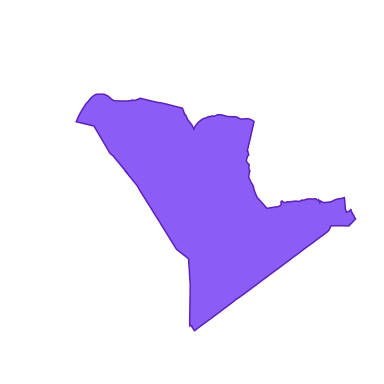 Tetepango, Hidalgo, Mexico, rotated 133°
{"feature_id": "50627088B64259758122284", "entity_name": "Tetepango", "entity_type": "district", "adm_level": 2, "iso_a3": "MEX", "parent_name": "Mexico", "parent_adm1": "Hidalgo", "projection": "equal_earth", "projection_center": [-99.166, 20.109], "detail": "fine", "context": "isolated", "style": "filled", "palette": "violet", "viewbox_px": 384, "rotation_deg": 133, "n_neighbors": 0, "source": "geoboundaries", "source_scale": "gbopen_adm2", "svg_char_len": 4803}
<svg xmlns="http://www.w3.org/2000/svg" viewBox="0 0 384 384"><g transform="rotate(133 192 192)"><path d="M99.1,57.0L98.4,59.6L97.7,61.6L97.2,62.7L96.5,63.6L96.5,63.9L98.8,63.9L101.6,65.3L100.5,66.7L100.0,68.1L96.3,72.1L95.8,72.6L93.7,75.0L92.6,76.2L92.4,76.6L92.2,76.8L95.2,78.6L97.4,80.5L98.9,81.3L100.3,82.2L102.7,82.9L104.8,84.1L107.2,85.9L108.8,87.5L109.7,88.2L110.6,90.2L111.0,92.0L112.6,91.3L112.1,92.7L111.8,93.0L111.3,94.1L111.8,94.1L112.5,95.0L112.4,95.8L112.5,96.8L113.1,97.4L115.4,99.4L117.3,101.9L119.2,103.3L121.3,104.4L122.2,104.9L122.8,106.1L123.2,106.2L125.4,106.9L125.5,106.9L127.1,108.9L127.1,109.0L129.0,111.0L130.8,112.4L132.5,113.8L133.8,114.8L133.6,115.0L134.2,115.6L134.3,115.5L135.0,115.9L135.7,116.3L136.7,117.3L137.0,117.8L137.2,118.3L137.0,118.8L137.0,119.4L137.1,119.9L137.4,120.1L138.0,120.4L138.7,120.1L139.3,119.3L140.0,118.4L141.1,118.2L141.8,118.2L143.3,118.7L143.9,119.0L145.7,120.5L152.0,125.4L152.8,125.9L152.8,126.2L152.6,128.1L152.5,129.1L151.6,139.4L151.5,140.6L150.0,144.2L148.0,148.3L146.8,149.9L146.3,150.5L146.0,151.0L145.7,151.8L145.3,152.8L145.0,154.0L144.7,155.3L144.2,156.4L143.8,157.6L143.3,158.7L142.6,160.4L141.5,161.5L139.6,162.5L138.6,163.5L137.4,163.7L136.3,166.0L135.3,167.2L133.1,168.6L132.5,173.1L130.8,174.4L130.0,174.8L129.2,175.1L127.9,175.9L126.2,175.7L125.0,177.7L123.9,179.3L124.4,179.5L122.6,180.6L122.1,180.9L121.7,181.0L121.0,181.4L120.4,181.8L119.6,182.3L118.0,183.2L116.1,184.3L115.1,184.8L114.2,185.4L113.8,185.5L113.2,185.9L112.7,186.2L112.2,186.5L111.5,186.9L111.0,187.2L110.5,187.5L109.7,188.0L108.4,188.7L107.0,189.5L105.8,190.2L104.9,190.7L104.4,191.1L104.0,191.3L103.6,191.5L101.8,192.5L99.4,193.9L98.1,194.7L98.6,197.4L99.1,199.1L99.6,200.0L100.0,200.7L101.3,202.3L102.0,203.0L102.8,203.5L103.4,203.9L104.1,204.7L104.8,205.5L105.4,206.2L105.7,206.8L106.0,207.9L106.3,209.4L106.8,210.7L107.9,212.2L111.4,216.1L112.1,216.9L112.7,217.8L113.3,218.9L114.0,220.4L115.3,222.7L115.9,223.8L117.2,225.2L117.7,225.7L118.4,226.1L119.2,226.5L120.0,226.7L120.6,227.0L121.4,227.4L121.9,227.9L122.2,228.6L122.3,229.0L123.6,229.7L124.5,230.2L125.0,230.6L125.2,230.8L125.3,231.1L126.2,231.5L126.8,231.8L127.4,231.9L128.2,232.3L130.0,233.4L131.5,234.0L132.4,234.3L134.1,234.5L135.1,234.7L136.3,234.9L137.8,234.9L139.3,234.8L142.2,234.4L144.8,233.5L144.0,235.5L143.2,237.2L142.6,240.4L142.3,242.6L141.9,244.9L141.2,246.5L140.5,247.8L140.2,248.7L140.0,249.4L140.0,249.5L140.2,249.9L140.2,250.3L138.5,253.6L138.3,253.9L137.9,254.8L137.2,256.1L137.7,257.1L138.2,258.0L138.7,258.9L139.7,260.6L140.5,262.1L141.0,262.9L141.6,264.1L142.1,265.1L142.7,266.3L143.4,267.4L143.8,268.2L144.6,269.6L146.1,272.4L146.4,272.9L146.7,273.4L147.0,273.9L147.3,274.4L147.6,274.9L147.8,275.3L148.0,275.6L148.3,276.2L148.5,276.6L149.2,277.0L149.5,277.6L149.9,278.1L150.2,278.7L150.5,279.2L150.8,279.8L151.1,280.3L151.5,280.8L151.8,281.4L152.4,282.5L152.7,283.0L153.0,283.6L153.3,284.1L153.6,284.7L154.0,285.2L154.3,285.8L154.6,286.3L154.9,286.9L155.2,287.4L155.5,288.0L155.8,288.5L156.4,289.6L156.7,290.2L157.0,290.7L157.3,291.3L157.6,291.8L158.0,292.4L158.3,292.9L158.6,293.5L158.8,293.9L159.0,293.9L160.8,294.7L161.6,295.1L163.6,296.0L163.9,296.0L164.2,296.4L164.6,297.0L164.8,297.5L165.1,297.9L165.6,298.4L166.1,298.8L166.6,298.8L169.9,301.7L173.8,305.9L178.1,310.8L178.6,312.1L179.0,314.4L179.1,318.8L180.0,321.6L180.4,322.9L182.3,325.1L183.7,326.5L186.0,328.8L186.3,328.9L187.6,329.4L190.8,329.9L192.9,330.0L195.9,329.7L198.3,329.7L200.4,329.6L203.6,329.0L206.2,328.6L208.9,327.9L211.1,327.4L212.2,327.1L214.3,326.5L219.6,324.6L210.6,308.7L219.6,278.4L219.4,274.6L222.2,253.1L222.4,253.5L222.8,250.4L223.1,248.8L223.3,247.3L223.3,246.9L223.4,246.1L223.6,244.7L223.7,244.2L223.8,243.4L223.9,242.9L224.1,241.1L224.2,240.7L224.5,238.0L224.5,237.9L224.6,237.6L224.6,237.3L224.7,236.9L225.4,234.3L226.1,231.9L226.2,231.7L226.3,231.7L226.4,231.3L226.4,231.2L227.0,229.2L227.5,227.2L227.7,226.6L228.4,224.0L229.1,221.2L229.9,218.4L230.6,215.6L231.6,211.7L232.8,207.4L233.6,204.4L234.4,201.3L235.5,197.2L236.1,194.7L236.6,193.4L237.3,190.7L244.5,164.2L243.5,152.9L243.2,149.1L251.8,139.8L255.4,136.1L260.2,130.9L267.2,124.4L273.9,118.4L289.0,104.8L291.4,102.4L290.4,102.0L290.7,100.7L290.2,100.5L290.6,100.0L291.8,95.7L290.3,95.3L282.5,94.0L277.5,93.0L269.4,91.5L261.4,90.0L255.0,88.9L250.0,88.0L244.4,87.0L241.7,86.7L239.0,86.4L238.9,86.1L238.5,85.9L229.1,84.1L219.1,82.3L209.2,80.5L196.0,78.1L184.3,75.9L172.3,73.8L168.1,73.0L167.2,72.8L160.2,71.6L157.2,71.1L150.0,69.7L147.0,69.1L142.6,68.4L137.4,67.4L132.5,66.5L132.0,66.5L129.2,65.9L126.8,65.8L124.9,66.2L122.6,67.1L122.0,67.3L117.9,63.0L113.8,58.6L110.3,54.6L109.8,54.6L109.6,54.5L109.5,54.3L109.5,54.1L100.1,54.0L99.9,54.8L99.8,55.5L99.6,56.2L99.1,57.0Z" fill="#8b5cf6" stroke="#5b21b6" stroke-width="1.5"/></g></svg>